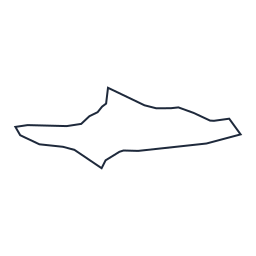 SVG path tracing the border of Komen
{"feature_id": "SVN-1030", "entity_name": "Komen", "entity_type": "Municipality", "adm_level": 1, "iso_a3": "SVN", "parent_name": "Slovenia", "parent_adm1": "", "projection": "robinson", "projection_center": [13.721, 45.818], "detail": "fine", "context": "isolated", "style": "outline", "palette": "slate", "viewbox_px": 256, "rotation_deg": 0, "n_neighbors": 0, "source": "natural_earth", "source_scale": "10m", "svg_char_len": 474}
<svg xmlns="http://www.w3.org/2000/svg" viewBox="0 0 256 256"><path d="M25.2,137.6L20.2,135.2L15.4,126.9L27.6,125.1L66.7,126.1L81.2,123.9L89.4,116.2L97.6,112.2L102.1,106.6L106.1,103.6L108.0,87.8L144.5,105.3L156.3,108.3L171.0,108.2L178.4,107.4L193.6,112.9L210.1,120.6L214.0,120.8L229.2,118.7L240.6,134.4L206.5,143.5L138.1,150.9L123.5,150.5L119.4,151.8L105.6,160.3L101.6,168.2L74.5,149.9L63.0,146.8L39.4,144.3L25.2,137.6Z" fill="none" stroke="#1e293b" stroke-width="2"/></svg>